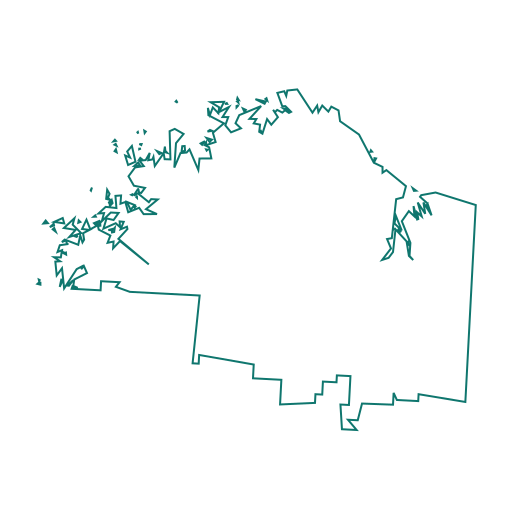 Wyndham-East Kimberley, Western Australia, Australia (Mercator projection), rotated 3°
{"feature_id": "25037944B52727077839859", "entity_name": "Wyndham-East Kimberley", "entity_type": "district", "adm_level": 2, "iso_a3": "AUS", "parent_name": "Australia", "parent_adm1": "Western Australia", "projection": "mercator", "projection_center": [125.999, -15.512], "detail": "fine", "context": "isolated", "style": "outline", "palette": "teal", "viewbox_px": 512, "rotation_deg": 3, "n_neighbors": 0, "source": "geoboundaries", "source_scale": "gbopen_adm2", "svg_char_len": 6085}
<svg xmlns="http://www.w3.org/2000/svg" viewBox="0 0 512 512"><g transform="rotate(3 256 256)"><path d="M343.0,377.9L343.0,371.0L356.6,371.0L356.6,399.9L348.1,399.9L350.9,424.5L365.6,424.5L356.4,414.7L366.2,414.7L369.6,397.8L400.6,397.3L400.6,385.5L404.2,392.4L425.6,392.4L425.6,385.5L472.7,390.8L472.8,193.6L432.0,183.2L417.8,186.6L416.7,188.3L424.5,194.5L429.2,206.2L420.4,193.8L422.8,205.0L414.7,194.1L419.4,207.8L414.7,204.0L416.1,210.6L415.0,211.1L410.7,197.9L412.2,208.2L406.3,203.2L399.8,213.6L409.5,234.8L409.3,247.9L413.2,251.8L408.7,247.9L405.6,233.5L393.9,222.0L392.6,244.9L388.5,250.9L382.2,253.3L390.4,241.4L386.0,232.2L390.7,231.1L393.0,191.9L399.7,189.8L402.1,178.4L381.7,163.4L378.0,166.2L377.7,160.4L368.8,156.7L352.5,129.3L332.9,117.0L330.8,106.3L323.4,102.9L320.7,108.0L314.3,102.3L310.8,109.1L309.2,102.6L304.9,109.9L288.5,87.5L278.6,89.1L277.8,94.5L275.6,90.0L268.8,92.0L274.4,105.1L277.5,104.8L283.5,110.2L281.4,111.4L277.4,108.9L274.8,111.4L269.5,109.0L267.4,111.4L265.4,109.1L270.6,116.2L264.4,124.1L259.9,118.7L256.0,133.5L252.7,131.8L253.2,124.6L246.8,123.7L249.2,119.2L242.3,119.4L253.3,106.0L231.9,116.2L228.6,124.5L234.3,129.3L224.6,133.8L218.5,127.1L221.0,118.7L215.3,119.0L221.2,108.6L211.6,114.2L216.0,103.7L202.6,104.8L211.4,109.4L211.0,115.4L205.1,109.9L202.6,117.7L200.2,110.6L201.1,117.9L217.0,125.2L206.5,135.2L209.7,144.3L199.6,148.2L203.5,149.9L206.3,160.9L194.5,161.6L193.9,173.1L184.0,153.0L181.3,156.3L175.2,157.2L169.8,172.0L170.2,147.5L177.3,137.9L168.2,133.3L163.2,135.9L165.5,164.0L159.7,164.1L158.4,158.2L150.2,171.4L148.4,162.4L147.5,165.0L143.4,166.0L144.5,158.6L140.8,166.0L134.7,166.9L139.2,172.1L130.6,173.9L124.5,183.1L130.4,192.2L141.6,193.8L138.0,199.1L135.8,198.6L135.2,195.9L134.9,195.4L134.5,195.5L130.7,202.0L134.7,199.6L146.2,207.9L148.3,204.7L154.9,204.7L143.7,215.0L154.9,219.3L141.6,220.1L136.8,214.0L126.1,219.0L122.7,208.9L117.9,210.9L118.1,202.6L112.5,203.3L114.1,215.4L103.3,214.8L96.5,221.8L102.0,221.1L100.2,229.4L108.7,220.2L116.5,220.2L111.9,227.5L104.8,226.3L102.2,236.7L114.2,230.6L118.7,234.3L118.0,228.6L122.1,228.8L119.4,236.4L125.6,233.5L126.2,235.8L117.7,246.1L149.4,270.0L119.4,248.2L112.9,255.8L113.0,249.0L107.1,250.6L109.5,243.2L97.6,237.9L96.6,234.5L97.6,232.8L89.1,238.0L84.8,228.6L80.9,238.1L88.3,238.7L82.1,242.3L83.5,248.7L82.0,251.5L79.4,244.6L77.9,254.1L64.1,249.6L61.4,252.2L65.6,250.4L66.3,253.2L67.2,253.7L67.2,254.0L59.5,255.5L57.6,262.4L62.1,260.3L62.1,262.3L63.3,262.2L65.1,262.9L66.0,262.5L66.3,264.5L61.9,262.5L62.1,261.5L61.8,261.3L61.2,267.6L54.4,267.8L60.6,271.5L55.9,272.1L58.0,285.8L62.9,278.4L66.1,298.4L77.6,278.5L84.7,274.3L82.1,278.4L84.7,275.1L88.1,281.9L75.7,289.0L75.1,295.5L78.8,296.8L79.1,297.5L78.7,298.4L102.6,298.4L102.6,289.3L121.1,289.3L117.7,294.1L131.9,298.4L201.8,298.4L198.3,366.5L204.4,366.5L204.4,357.8L259.4,364.5L259.4,378.3L287.8,378.3L287.8,403.0L322.6,399.6L322.6,390.9L329.4,390.9L329.4,377.9L343.0,377.9ZM62.7,238.1L74.5,239.4L68.5,246.8L80.2,242.3L71.3,234.3L72.7,227.8L62.7,238.1ZM123.5,171.8L130.7,168.2L126.3,152.6L121.9,158.4L125.1,164.3L120.1,162.5L123.5,171.8ZM392.6,216.2L400.2,222.9L393.6,208.6L392.6,216.2ZM52.7,232.5L62.8,233.5L61.0,228.2L52.7,232.5ZM132.2,211.5L124.4,208.8L128.3,216.4L132.2,211.5ZM103.4,206.8L107.7,207.7L105.1,205.6L106.5,201.6L103.9,197.6L103.4,206.8ZM98.5,228.8L92.5,231.7L94.4,233.5L98.5,228.8ZM247.2,99.4L256.6,103.5L257.7,101.3L247.2,99.4ZM205.9,142.1L200.4,140.7L203.7,144.5L205.9,142.1ZM70.7,295.5L74.7,289.7L69.1,295.4L70.7,295.5ZM176.2,156.0L179.6,154.4L179.0,149.9L176.6,150.2L176.2,156.0ZM159.3,151.5L158.7,156.8L161.9,157.6L160.0,155.8L159.3,151.5ZM113.5,235.1L110.8,238.2L111.0,240.0L113.1,239.4L113.5,235.1ZM46.4,234.1L44.1,231.6L42.0,234.7L46.4,234.1ZM135.5,171.8L133.4,168.8L129.8,172.4L135.5,171.8ZM40.2,294.3L39.2,295.3L42.2,295.9L42.1,294.1L40.2,294.3ZM199.0,144.0L194.8,146.5L196.4,147.8L199.0,144.0ZM369.2,152.1L369.0,156.2L370.8,152.3L369.2,152.1ZM78.3,298.4L74.3,296.0L73.6,298.4L78.3,298.4ZM109.3,208.6L107.1,214.1L110.0,210.7L109.3,208.6ZM275.7,107.3L281.5,110.9L283.1,110.2L280.0,107.5L275.7,107.3ZM235.2,109.4L236.9,112.6L238.2,110.6L235.2,109.4ZM62.9,288.9L61.6,297.1L63.4,292.6L62.9,288.9ZM151.6,156.4L154.1,159.3L156.3,158.1L151.6,156.4ZM424.5,195.4L423.3,196.7L424.5,198.1L424.5,195.4ZM54.7,242.2L53.0,238.6L51.6,240.0L54.7,242.2ZM48.6,237.9L52.7,236.0L52.2,234.1L51.5,235.3L48.6,237.9ZM203.4,132.5L201.1,134.3L205.6,133.3L203.4,132.5ZM409.0,180.1L410.3,182.7L412.5,182.4L409.0,180.1ZM217.0,105.7L219.3,105.6L218.8,104.8L217.0,105.7ZM109.3,158.7L111.4,159.7L110.5,156.7L109.3,158.7ZM230.7,106.3L228.7,107.2L228.8,108.6L230.7,106.3ZM399.4,224.7L398.4,222.5L396.1,221.7L399.4,224.7ZM133.3,203.4L134.1,204.1L133.9,201.9L133.3,203.4ZM107.2,237.8L109.6,237.8L110.0,236.9L107.2,237.8ZM200.3,147.8L200.2,145.5L199.1,147.7L200.3,147.8ZM106.3,210.2L107.0,211.6L107.7,208.7L106.3,210.2ZM134.4,165.6L136.4,164.9L135.3,164.1L134.4,165.6ZM132.2,214.1L133.8,212.1L132.0,213.8L132.2,214.1ZM107.7,149.0L110.1,148.4L109.0,147.3L107.7,149.0ZM108.9,152.3L110.9,153.1L110.0,151.4L108.9,152.3ZM77.1,229.7L76.8,232.1L78.8,231.2L77.1,229.7ZM98.7,231.4L97.1,234.0L97.1,234.3L99.0,233.9L98.7,231.4ZM167.7,106.0L169.6,107.0L168.3,105.2L167.7,106.0ZM137.9,136.7L138.4,139.0L139.4,137.5L137.9,136.7ZM130.2,200.4L128.3,201.4L129.2,201.8L130.2,200.4ZM257.2,98.7L259.0,100.0L258.2,97.9L257.2,98.7ZM40.9,293.2L41.2,291.3L40.3,290.9L40.9,293.2ZM229.1,102.7L230.3,103.7L229.9,102.3L229.1,102.7ZM392.6,220.9L391.3,222.2L391.3,223.2L392.6,220.9ZM133.7,150.3L135.6,151.2L135.9,150.2L133.7,150.3ZM131.1,138.7L132.0,139.9L131.5,138.3L131.1,138.7ZM228.9,100.6L230.5,101.0L229.2,99.1L228.9,100.6ZM253.9,129.9L254.0,132.0L255.1,132.4L253.9,129.9ZM407.1,234.3L406.4,235.4L407.7,236.5L407.1,234.3ZM133.8,155.5L135.4,154.8L133.8,154.9L133.8,155.5ZM364.7,146.0L366.4,145.7L365.2,144.4L364.7,146.0ZM91.8,225.3L94.0,225.1L93.3,223.9L91.8,225.3ZM88.6,196.2L87.5,199.1L87.8,199.4L88.6,196.2ZM200.6,152.2L201.2,153.3L202.1,152.4L200.6,152.2ZM74.8,246.0L75.8,246.3L77.1,245.3L74.8,246.0Z" fill="none" stroke="#0f766e" stroke-width="2"/></g></svg>